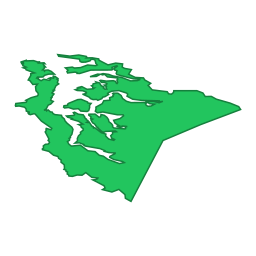 Divtasvuodna smj 1, Nordland, Norway
{"feature_id": "86288312B68472629952470", "entity_name": "Divtasvuodna smj 1", "entity_type": "district", "adm_level": 2, "iso_a3": "NOR", "parent_name": "Norway", "parent_adm1": "Nordland", "projection": "natural_earth1", "projection_center": [16.254, 67.97], "detail": "fine", "context": "isolated", "style": "filled", "palette": "green", "viewbox_px": 256, "rotation_deg": 0, "n_neighbors": 0, "source": "geoboundaries", "source_scale": "gbopen_adm2", "svg_char_len": 5562}
<svg xmlns="http://www.w3.org/2000/svg" viewBox="0 0 256 256"><path d="M57.8,54.6L58.7,56.3L79.4,59.1L80.1,61.5L81.8,62.2L85.7,62.1L90.1,60.8L90.9,59.5L93.2,59.3L95.0,60.1L95.9,63.5L97.2,65.0L95.8,65.7L87.6,65.0L80.5,67.6L74.8,68.0L75.4,68.4L72.3,67.1L65.4,67.9L68.1,70.2L66.9,71.5L67.6,73.0L75.1,72.1L77.0,72.6L77.0,73.4L79.7,73.5L90.8,70.1L111.4,70.0L112.3,69.7L112.0,67.4L116.9,65.7L117.3,66.2L113.6,68.9L115.0,70.2L117.0,70.6L116.2,73.5L117.0,74.6L133.7,78.9L139.8,79.1L139.7,79.7L137.5,80.6L130.6,80.9L122.0,77.6L112.7,75.9L108.8,74.4L103.1,73.6L100.7,74.2L102.5,74.9L105.9,74.1L105.1,74.8L107.4,76.9L116.8,77.9L117.7,78.6L117.7,79.5L116.9,80.0L117.7,82.4L117.2,83.5L116.5,83.4L115.3,81.3L113.2,80.7L106.3,81.1L100.7,80.3L99.9,80.6L101.5,82.4L104.4,82.5L106.9,83.5L106.5,84.8L104.3,85.1L106.5,86.7L106.0,87.5L106.8,89.1L104.8,89.2L103.4,88.0L104.0,87.1L101.1,85.6L99.5,82.9L96.2,82.0L96.9,82.8L93.1,83.9L92.9,85.2L91.5,85.8L92.7,86.7L92.8,88.0L94.4,88.0L93.3,88.8L87.0,89.3L81.8,86.6L79.0,87.3L79.7,87.8L77.3,88.0L77.6,89.0L75.3,89.7L77.2,90.5L82.9,90.8L86.2,92.1L86.5,92.8L85.2,93.5L86.4,94.1L82.5,94.1L88.9,97.0L90.7,98.7L93.1,99.6L96.5,99.4L97.8,100.3L101.8,98.7L102.7,97.2L104.9,96.7L108.6,94.5L107.6,93.4L108.6,92.6L111.8,91.2L118.9,90.6L126.7,93.1L127.7,94.1L127.0,96.2L132.6,99.2L141.9,100.4L159.0,100.8L158.3,102.0L162.9,101.3L159.1,102.8L153.5,101.3L146.6,101.6L149.6,103.7L154.5,104.2L151.2,106.0L147.8,106.3L146.2,105.2L145.5,103.7L146.5,103.0L145.5,102.5L131.0,102.6L126.5,101.3L122.6,98.5L121.1,95.5L117.9,93.2L113.5,93.1L112.7,93.5L113.8,94.7L112.9,95.4L113.1,96.5L109.6,97.7L110.0,100.2L103.8,100.7L102.2,103.7L95.9,107.1L96.0,109.1L95.3,111.2L97.3,112.8L102.8,112.0L117.4,114.8L123.1,114.8L123.6,115.8L120.0,118.6L113.6,120.3L115.0,123.2L119.3,125.7L116.5,126.3L120.5,127.2L122.2,126.8L121.7,126.3L122.2,126.0L127.3,126.5L125.2,127.1L125.6,128.6L124.9,128.9L114.0,128.0L112.6,126.8L112.7,125.4L111.4,123.6L108.9,121.7L108.5,119.6L106.9,117.3L104.3,115.3L101.0,114.5L100.6,116.8L99.0,117.2L95.1,114.1L88.9,114.2L88.8,115.2L91.1,116.9L90.6,118.5L92.7,119.1L91.0,120.0L92.7,122.9L94.5,123.9L97.0,127.3L98.5,127.5L97.6,127.8L102.1,131.7L103.8,132.2L105.8,131.4L115.5,131.0L116.4,131.7L112.5,132.1L112.6,133.9L110.7,135.7L111.8,138.3L114.6,139.5L113.8,140.4L108.7,139.0L105.6,136.0L105.9,134.1L101.3,132.7L94.7,127.7L93.5,128.0L93.2,126.6L91.9,126.1L89.1,122.0L88.1,122.6L86.7,122.3L88.1,121.5L88.0,120.6L86.3,119.7L86.4,119.1L84.5,117.5L84.7,116.9L83.2,114.8L78.3,114.2L74.6,112.2L73.3,112.7L74.6,114.6L74.0,115.4L66.4,116.0L67.6,117.2L72.3,118.5L71.4,119.2L78.5,121.3L82.9,124.1L78.7,124.6L80.8,125.7L81.3,127.4L83.1,128.5L83.2,130.1L80.4,132.3L80.7,133.8L78.5,135.8L77.3,138.5L77.5,140.8L74.9,143.1L79.4,142.8L83.8,144.5L83.5,144.9L85.0,146.0L100.0,148.6L104.8,150.6L104.2,151.3L108.8,152.6L115.1,153.0L115.1,153.6L109.9,156.4L109.7,157.3L113.8,159.5L122.6,161.5L124.3,162.6L119.4,163.6L107.9,159.4L103.4,156.2L99.3,155.3L95.1,151.6L87.9,150.8L80.3,145.2L71.4,146.1L69.0,144.3L67.4,141.6L69.5,140.3L69.6,138.8L69.1,138.3L70.5,137.6L70.3,136.4L71.9,134.3L73.0,129.4L71.9,127.2L67.0,123.1L64.9,120.7L64.4,119.0L62.0,116.9L61.5,115.3L54.9,114.6L53.0,113.6L52.2,112.1L50.4,111.9L48.1,109.9L46.7,110.8L46.6,110.1L44.0,110.2L46.2,108.9L48.2,105.1L50.7,104.1L53.3,101.4L50.6,100.3L51.5,98.0L51.1,97.6L52.2,97.1L52.0,96.4L54.0,94.0L51.9,92.9L53.8,91.0L53.1,90.3L54.6,89.9L54.2,89.4L56.0,85.7L58.7,83.9L57.3,82.7L58.2,80.0L56.9,79.2L57.9,78.5L54.9,76.3L54.1,77.0L53.0,75.6L53.5,78.2L50.7,77.7L48.9,78.4L50.5,78.8L50.6,79.5L49.4,80.4L43.8,79.2L41.1,80.7L38.2,79.1L38.4,78.4L36.7,78.1L37.4,77.1L43.0,77.0L44.6,75.3L48.8,74.1L54.4,74.1L51.3,71.4L48.1,70.0L45.4,70.2L44.5,71.2L43.9,70.0L42.6,69.9L44.4,68.1L44.1,67.1L45.5,67.0L43.3,64.6L43.4,63.5L44.9,63.7L44.1,62.8L38.1,63.1L37.9,62.5L40.2,61.8L37.7,62.0L33.5,60.6L26.2,60.9L26.2,60.3L20.5,62.1L24.0,62.6L21.0,63.5L23.2,63.8L22.6,64.7L23.1,65.1L22.9,65.7L26.1,67.1L23.3,67.8L25.7,68.7L26.1,69.8L34.5,72.9L30.7,73.7L30.8,75.5L28.2,80.0L29.8,80.6L32.9,84.5L37.5,84.1L35.5,86.7L36.0,90.8L38.1,93.2L38.2,94.8L37.5,95.9L31.1,97.7L25.8,100.3L26.9,100.9L26.2,102.3L15.8,103.5L15.4,105.6L15.7,106.3L19.1,106.0L24.6,107.2L26.1,108.9L26.3,111.1L29.1,112.0L28.7,112.7L29.8,113.1L28.2,113.2L28.7,114.0L30.2,114.7L34.1,113.7L35.2,114.1L41.4,121.1L51.8,128.3L51.0,129.8L46.3,128.4L46.0,129.0L46.2,130.6L45.2,131.9L48.9,138.9L48.1,140.5L49.2,141.4L49.5,142.6L48.1,144.1L45.4,144.3L43.3,145.9L43.5,148.1L42.3,149.0L42.5,149.7L48.9,151.4L53.5,155.2L58.0,156.5L58.6,158.3L61.2,160.0L61.0,162.2L64.2,164.7L64.5,168.4L63.9,169.4L65.8,169.9L66.1,171.5L67.5,171.9L67.2,174.0L68.5,174.7L68.9,176.0L72.4,176.4L77.1,175.0L82.1,175.2L85.8,172.6L91.8,177.3L97.9,178.0L97.6,178.7L95.6,179.6L92.8,179.9L104.0,185.7L105.1,188.0L102.5,189.6L111.9,192.0L118.9,189.4L125.0,194.6L125.4,198.3L131.0,201.4L163.0,140.5L200.6,124.6L240.6,109.5L238.7,106.6L230.1,103.1L216.4,99.2L211.3,96.4L205.2,96.5L202.9,93.0L196.9,90.7L173.8,90.7L173.5,92.5L171.4,94.2L168.6,93.8L167.2,91.7L152.2,89.9L148.1,85.4L150.7,83.3L144.8,80.0L143.5,77.9L135.2,77.4L128.6,74.2L131.4,69.6L124.6,68.4L122.2,67.1L122.6,63.9L115.7,63.1L108.0,64.9L99.1,60.3L98.7,58.9L92.3,57.8L86.2,57.9L86.9,57.3L86.3,56.4L78.8,55.0L69.8,56.1L57.8,54.6ZM81.1,99.3L77.7,99.6L68.7,103.3L67.7,104.1L67.6,105.3L64.0,105.7L63.6,107.2L64.6,108.0L68.5,107.5L73.4,109.1L78.4,108.7L80.8,111.1L87.0,111.5L88.7,110.6L89.7,107.4L89.5,105.5L91.1,103.4L88.0,103.1L87.6,102.0L81.1,99.3ZM100.3,74.3L97.6,74.1L90.0,76.7L96.4,76.4L100.3,74.3Z" fill="#22c55e" stroke="#15803d" stroke-width="1.5"/></svg>